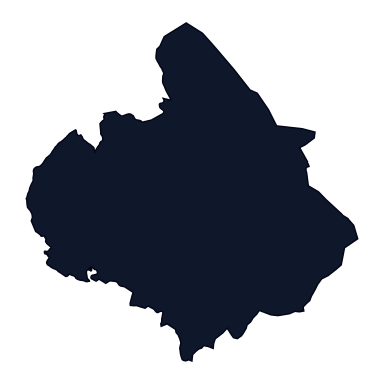 New Juaben North Municipal, Eastern, Ghana (Mercator projection)
{"feature_id": "2480657B95199515281033", "entity_name": "New Juaben North Municipal", "entity_type": "district", "adm_level": 2, "iso_a3": "GHA", "parent_name": "Ghana", "parent_adm1": "Eastern", "projection": "mercator", "projection_center": [-0.335, 6.145], "detail": "fine", "context": "isolated", "style": "filled", "palette": "ink", "viewbox_px": 384, "rotation_deg": 0, "n_neighbors": 0, "source": "geoboundaries", "source_scale": "gbopen_adm2", "svg_char_len": 5824}
<svg xmlns="http://www.w3.org/2000/svg" viewBox="0 0 384 384"><path d="M186.2,23.0L164.3,36.6L159.9,46.3L156.8,49.3L156.1,55.4L156.0,57.9L156.2,58.8L157.2,60.7L157.3,61.2L158.5,63.0L160.3,66.5L161.9,68.7L162.4,70.2L163.5,72.3L163.7,73.3L163.6,74.2L163.2,75.3L162.9,76.0L162.6,81.1L162.7,82.2L163.0,83.4L163.6,84.8L164.4,86.3L165.2,88.4L166.1,90.6L171.1,99.9L170.7,100.2L163.2,98.4L163.8,99.6L164.0,100.8L163.9,101.4L163.3,102.5L162.1,103.1L160.2,103.4L159.6,103.9L159.4,104.7L159.7,106.9L160.0,107.6L161.1,108.7L162.9,110.0L163.8,111.1L163.9,112.3L163.1,113.4L162.8,113.7L151.3,120.1L142.4,122.2L140.7,120.8L138.7,120.2L137.0,120.0L136.4,119.8L135.5,119.5L134.9,118.8L133.9,117.1L133.2,115.8L131.0,114.3L129.4,113.9L128.9,113.9L126.8,114.4L122.3,116.1L121.7,116.1L121.2,115.9L119.2,114.5L117.3,113.0L115.8,111.4L104.1,113.6L104.7,114.1L104.6,115.0L104.1,115.9L103.7,116.8L103.9,117.8L104.2,119.2L103.7,120.1L102.4,121.0L101.2,122.2L100.0,123.7L100.7,131.3L100.8,133.2L100.9,134.3L101.4,135.0L102.2,136.1L102.5,137.0L102.8,138.6L102.7,139.7L102.4,140.6L101.7,141.2L100.9,141.6L100.3,142.3L99.8,143.2L99.5,144.4L99.0,145.3L98.0,146.4L97.1,147.9L95.9,149.9L94.6,152.2L93.9,147.8L92.8,146.7L91.2,145.4L89.8,144.3L88.0,143.2L86.4,141.9L84.8,140.6L83.8,139.9L83.4,139.5L82.5,137.9L82.2,136.9L80.8,134.9L79.4,135.6L78.5,135.6L77.9,135.3L77.0,134.2L76.6,133.0L76.2,130.6L75.8,130.1L75.5,129.9L70.2,133.1L69.7,133.5L69.2,133.9L68.3,135.1L67.7,135.5L67.1,136.2L66.1,137.5L65.1,138.2L63.9,139.4L62.8,140.4L61.9,141.1L60.9,141.9L59.6,142.5L58.9,143.1L58.1,143.9L57.6,144.5L56.9,145.6L56.2,146.2L55.5,146.9L55.0,147.5L54.3,148.7L53.6,149.8L52.8,150.8L52.2,151.7L51.8,152.4L51.4,153.2L50.9,153.9L50.0,155.0L48.6,156.1L47.5,157.1L46.2,158.1L45.6,159.1L44.7,160.4L43.9,161.7L43.3,162.6L42.4,163.9L41.4,164.9L40.6,165.7L39.6,166.3L38.5,166.7L37.2,166.8L36.2,167.1L35.0,167.9L34.4,168.5L33.9,169.2L33.6,170.1L33.4,171.2L33.6,172.3L33.7,174.0L33.5,175.6L33.3,176.6L33.1,177.9L33.1,179.4L33.2,180.2L33.1,180.8L32.8,181.6L32.3,182.5L31.7,183.5L31.1,184.8L30.5,186.2L30.0,187.4L29.6,188.8L29.3,190.3L29.1,191.3L28.5,192.4L28.1,193.1L27.7,194.5L27.3,195.5L27.3,196.2L26.9,197.4L26.5,198.3L26.3,198.5L26.4,199.1L26.8,200.1L26.9,201.5L27.0,203.6L27.3,205.9L27.6,207.4L28.2,208.3L29.0,209.2L30.0,210.3L30.7,211.5L31.4,212.9L32.0,214.1L32.2,215.5L32.4,216.6L32.4,217.5L31.9,219.1L31.3,220.9L35.7,231.5L36.6,232.0L37.6,232.7L38.7,233.5L40.0,234.5L40.9,235.7L41.2,236.2L44.1,236.0L44.5,236.5L45.0,237.4L45.5,238.4L46.0,239.3L45.9,240.0L45.6,241.2L45.7,241.9L47.2,243.9L51.1,247.2L51.2,247.9L50.4,248.6L49.7,249.1L49.3,249.7L48.6,250.7L47.9,251.2L47.1,251.5L46.1,251.4L45.2,251.2L44.6,251.3L44.4,251.9L44.5,252.9L44.9,253.7L46.1,253.5L46.0,254.0L46.3,254.4L47.4,254.7L47.9,254.9L47.7,255.5L48.0,256.1L48.9,256.8L49.1,257.5L48.9,258.3L48.0,259.7L47.0,261.3L46.6,262.4L46.8,263.4L47.5,264.7L48.7,265.4L50.0,266.3L51.0,267.1L51.9,267.6L52.7,268.1L53.8,268.6L55.4,269.2L56.7,269.9L57.6,270.6L58.3,271.6L59.3,272.0L65.7,276.4L66.4,276.4L67.4,276.1L68.3,275.3L68.8,274.5L69.3,274.2L70.0,274.5L73.2,275.7L73.9,275.9L74.5,276.1L75.1,276.7L75.6,277.7L76.0,278.3L76.9,278.9L78.4,279.6L79.6,280.0L80.4,280.2L81.2,280.3L82.3,280.4L83.3,280.6L84.4,280.9L85.6,281.4L86.5,281.7L89.4,281.2L89.4,280.9L89.2,280.4L88.1,279.3L87.5,278.6L87.2,277.8L87.0,276.9L86.8,275.3L86.5,273.9L86.4,272.7L86.4,271.6L86.6,270.8L87.2,270.1L87.9,269.8L88.8,269.9L89.7,270.2L90.5,270.6L90.8,270.9L91.4,270.7L91.7,269.5L91.5,268.8L91.0,268.7L90.3,268.9L89.8,269.1L89.3,269.0L89.1,268.8L89.4,268.0L90.0,267.4L91.1,267.4L92.1,267.6L93.0,268.0L93.4,268.3L94.1,268.9L94.5,269.3L95.0,269.6L95.8,269.6L96.4,269.8L96.7,270.2L97.0,271.0L97.5,272.4L97.4,273.0L97.3,273.7L96.8,274.2L95.2,274.6L93.6,275.0L92.5,275.2L91.8,275.5L91.4,276.0L90.9,277.2L91.1,278.2L91.5,278.7L91.8,278.9L96.1,281.1L99.0,279.1L105.8,283.3L109.8,280.8L114.9,281.3L117.1,282.1L117.5,282.2L118.0,283.4L118.5,284.2L119.1,284.9L120.2,285.8L121.6,286.2L123.9,286.6L124.5,286.7L130.6,290.7L132.3,291.8L132.7,292.0L133.0,292.5L133.0,293.0L132.5,294.4L131.3,298.7L130.4,302.3L130.1,303.7L130.2,304.7L130.4,305.4L134.1,305.7L135.8,305.6L137.2,305.7L139.6,306.6L145.1,308.2L147.6,306.3L147.9,306.2L148.6,306.3L149.7,306.9L150.4,307.3L151.2,307.7L152.0,308.1L152.9,308.5L153.6,309.0L154.3,309.6L154.9,310.4L155.7,311.4L156.5,312.2L157.4,312.5L158.1,312.5L158.9,312.0L159.8,311.5L160.8,311.3L161.9,311.3L162.8,311.9L163.0,312.3L161.8,318.9L161.7,319.8L161.8,321.1L161.6,321.9L161.4,322.7L161.0,323.5L160.8,323.8L161.2,326.3L167.1,323.9L175.0,329.0L175.6,329.8L175.8,330.7L176.0,332.1L176.5,333.1L177.2,333.8L177.8,334.3L178.2,335.0L178.6,336.0L179.2,337.2L179.7,338.6L180.3,340.4L180.8,342.3L180.8,343.9L180.3,345.5L180.0,347.1L179.8,348.4L180.1,350.3L180.3,351.8L180.5,353.7L181.0,355.8L181.5,357.6L181.9,358.6L182.2,359.4L182.9,360.1L183.9,360.5L185.4,360.8L186.6,360.6L187.4,360.3L188.3,359.9L188.6,359.8L191.9,361.0L192.6,354.7L195.7,351.5L198.5,349.1L201.7,348.0L203.7,345.6L208.0,346.4L213.2,348.4L213.6,343.6L215.2,338.8L222.8,332.9L227.2,328.1L231.5,334.9L233.5,337.7L237.4,338.6L241.4,335.8L243.4,333.0L246.2,328.2L247.0,325.0L250.6,321.9L253.0,317.9L256.6,314.3L259.3,310.4L270.8,314.8L277.9,315.6L289.4,313.7L295.0,311.3L299.4,311.8L303.8,311.0L303.1,307.0L306.5,303.4L309.7,300.6L311.3,296.3L314.9,289.9L317.7,284.3L321.7,278.8L328.1,275.6L336.0,269.4L341.2,264.9L344.5,247.8L357.7,238.8L353.7,225.4L348.4,219.4L348.0,218.6L345.7,217.2L342.9,215.5L341.6,214.0L326.3,199.9L318.4,191.8L308.3,185.8L306.6,172.5L306.1,171.3L305.9,168.6L306.8,167.1L309.0,166.5L308.2,164.0L307.8,163.5L307.2,162.6L307.5,161.7L299.6,147.6L305.2,144.8L314.2,138.0L315.0,132.1L302.4,128.8L276.6,125.9L268.5,109.8L257.2,93.2L250.0,90.0L234.1,69.7L217.3,50.0L212.7,44.7L202.5,33.3L186.2,23.0Z" fill="#0f172a" stroke="#020617" stroke-width="1.5"/></svg>